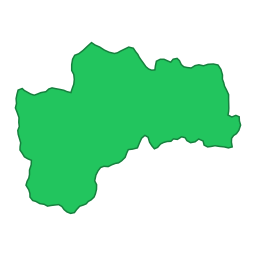 Juruaia, Minas Gerais, Brazil (Albers equal-area conic projection)
{"feature_id": "56859067B3043331336620", "entity_name": "Juruaia", "entity_type": "district", "adm_level": 2, "iso_a3": "BRA", "parent_name": "Brazil", "parent_adm1": "Minas Gerais", "projection": "albers", "projection_center": [-46.523, -21.229], "detail": "fine", "context": "isolated", "style": "filled", "palette": "green", "viewbox_px": 256, "rotation_deg": 0, "n_neighbors": 0, "source": "geoboundaries", "source_scale": "gbopen_adm2", "svg_char_len": 2168}
<svg xmlns="http://www.w3.org/2000/svg" viewBox="0 0 256 256"><path d="M30.0,197.1L32.7,200.5L35.8,201.4L39.8,203.6L44.2,204.3L47.5,206.1L50.8,205.5L54.8,205.0L58.7,204.6L61.9,206.5L64.1,209.6L66.9,211.9L70.6,213.4L74.4,212.6L76.5,209.7L79.7,206.2L83.4,205.0L86.2,203.8L88.2,201.5L91.2,199.8L94.1,197.0L95.4,193.8L96.5,189.3L96.6,184.7L94.7,180.9L95.9,175.1L98.1,170.7L100.6,167.5L103.9,166.3L108.2,166.6L111.7,164.8L115.4,163.4L118.5,162.9L121.6,160.8L125.1,157.4L126.8,152.8L128.3,149.6L132.6,149.1L137.4,147.9L139.5,142.8L141.6,138.2L144.9,135.4L148.1,137.2L149.6,142.3L152.0,146.0L154.4,148.8L157.6,147.4L160.5,144.0L163.5,142.5L167.1,141.5L170.9,141.3L173.4,138.9L177.4,139.4L181.6,136.8L185.1,137.7L186.9,140.6L190.6,142.7L195.1,141.8L198.7,139.0L203.1,141.0L204.1,145.1L207.6,146.9L210.9,146.5L215.0,145.7L219.3,146.4L224.3,146.9L228.4,147.9L232.2,146.9L231.4,142.1L231.6,138.3L233.6,135.5L236.4,133.7L238.8,130.4L240.6,125.1L239.4,121.0L239.2,116.8L235.9,115.4L231.8,117.0L228.0,115.0L228.6,111.5L228.8,108.1L228.7,103.6L228.6,99.8L228.6,94.6L226.5,90.0L224.5,86.1L223.7,82.7L222.4,79.2L222.5,75.0L220.9,69.4L218.0,65.0L213.4,64.0L208.0,64.3L203.5,65.8L198.9,64.8L195.1,65.6L191.2,68.0L187.0,67.5L183.8,66.8L181.3,64.6L179.4,60.6L177.1,58.4L173.2,59.2L170.7,62.2L167.9,61.0L164.1,59.3L160.2,59.3L156.4,61.2L155.4,65.9L154.9,69.9L151.7,70.2L148.6,69.0L145.9,66.7L143.3,63.0L141.1,60.0L139.2,57.2L137.8,54.4L135.7,51.8L133.3,48.2L128.7,47.1L124.6,49.1L120.5,51.1L117.5,52.8L114.4,53.5L109.0,52.2L104.4,50.1L99.8,47.1L95.0,45.0L91.5,42.6L87.2,46.5L83.1,50.4L78.8,53.7L74.7,55.3L72.6,59.2L71.7,64.7L71.7,70.4L73.8,74.5L74.3,79.5L73.8,84.2L72.3,88.3L70.9,92.6L66.8,91.6L63.9,90.3L60.2,89.5L55.4,88.6L52.0,87.9L48.8,89.0L45.9,91.7L40.9,92.6L37.5,94.0L34.2,95.2L30.6,94.0L27.4,92.2L24.3,90.5L22.2,88.5L18.1,90.1L17.0,94.2L16.1,98.6L16.5,103.6L15.4,107.9L17.1,112.2L19.0,117.6L18.8,122.4L19.3,126.6L17.8,130.4L18.2,134.3L19.6,139.0L20.7,142.8L20.1,146.7L20.0,150.0L22.2,153.2L24.4,156.8L27.8,158.8L31.4,160.3L31.2,164.8L29.5,170.0L29.5,174.7L28.8,178.1L27.1,181.3L26.0,185.2L28.8,189.8L29.9,193.4L30.0,197.1Z" fill="#22c55e" stroke="#15803d" stroke-width="1.5"/></svg>